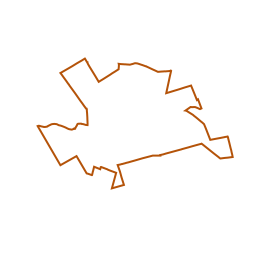 Lehliu, Calarasi, Romania, rotated 55°
{"feature_id": "2599482B77078336789858", "entity_name": "Lehliu", "entity_type": "district", "adm_level": 2, "iso_a3": "ROU", "parent_name": "Romania", "parent_adm1": "Calarasi", "projection": "natural_earth1", "projection_center": [26.817, 44.478], "detail": "fine", "context": "isolated", "style": "outline", "palette": "amber", "viewbox_px": 256, "rotation_deg": 55, "n_neighbors": 0, "source": "geoboundaries", "source_scale": "gbopen_adm2", "svg_char_len": 3797}
<svg xmlns="http://www.w3.org/2000/svg" viewBox="0 0 256 256"><g transform="rotate(55 128 128)"><path d="M74.6,200.9L80.7,201.4L119.7,204.7L121.5,186.3L141.5,187.9L141.9,187.5L142.8,186.8L145.9,184.6L145.9,184.4L144.3,182.6L144.0,182.3L143.9,182.2L143.7,182.0L143.2,181.3L140.3,178.0L145.8,174.4L144.5,172.8L144.4,172.7L144.5,172.4L150.2,168.5L150.6,168.4L152.6,167.1L157.9,163.4L168.2,175.8L172.3,164.0L164.7,161.6L159.1,159.6L152.4,157.7L153.5,155.2L153.9,153.9L154.2,153.4L154.5,152.5L154.7,151.9L155.1,150.9L155.6,149.3L156.4,147.3L157.1,145.2L158.4,141.5L161.2,133.3L164.8,123.6L169.1,117.4L168.6,117.2L169.8,114.3L170.6,111.8L175.0,99.6L176.2,96.3L176.2,96.1L178.6,89.4L179.3,87.3L180.7,83.3L182.5,78.3L183.1,76.9L183.1,76.7L184.0,76.4L197.7,72.4L201.9,71.1L203.5,70.6L205.0,70.2L205.6,70.0L205.9,69.9L206.4,69.0L207.9,66.1L209.5,63.3L211.8,58.9L209.8,58.0L207.2,57.0L205.4,56.2L203.6,55.6L201.8,54.9L199.0,53.8L197.2,53.1L196.1,52.7L194.5,52.1L192.8,51.4L192.1,51.3L191.7,52.3L191.0,53.7L190.7,54.5L188.8,58.8L187.6,61.4L184.9,67.4L173.0,64.5L168.4,63.5L167.2,63.8L166.2,64.0L164.6,64.5L162.7,65.0L160.0,65.7L157.9,66.3L156.0,66.9L154.7,67.2L154.4,67.3L152.5,68.1L149.7,69.3L148.7,69.7L147.6,70.2L147.3,70.3L147.0,70.6L146.7,70.9L146.7,67.7L146.7,66.2L146.7,65.5L146.7,64.7L147.3,64.0L148.1,62.9L148.6,62.1L149.3,61.1L149.5,60.9L150.7,60.1L151.6,59.5L152.7,58.9L152.8,58.8L153.8,58.2L154.1,56.6L149.4,55.4L145.8,54.5L144.6,54.2L144.6,54.4L144.7,55.1L144.7,55.5L143.8,55.3L137.4,53.8L129.4,52.0L128.9,53.6L127.3,58.4L126.6,60.7L125.8,63.3L124.9,66.1L124.1,68.5L123.0,71.9L122.0,74.9L121.5,76.4L121.4,76.7L113.9,68.6L109.7,64.1L105.9,59.9L105.5,60.0L105.4,60.5L105.3,61.1L105.2,61.2L104.6,62.3L103.7,63.8L103.0,65.0L102.6,65.5L101.7,67.0L101.4,67.5L100.6,68.8L100.0,69.9L99.3,71.0L99.2,71.2L99.0,71.3L98.9,71.4L98.8,71.5L97.2,72.4L96.0,73.1L94.5,74.0L90.3,76.4L88.4,77.5L88.0,77.7L88.0,77.8L86.3,79.0L85.0,79.9L84.3,80.4L84.1,80.6L81.9,82.2L80.6,83.2L80.4,83.4L79.5,84.4L79.2,84.8L79.0,85.0L78.7,85.8L78.3,87.2L77.8,88.5L77.4,89.7L77.2,90.0L77.0,90.4L76.7,90.8L76.4,91.1L75.3,92.5L74.7,93.2L74.0,94.1L73.4,94.9L72.8,95.6L71.8,96.9L71.2,97.6L70.1,98.8L70.6,99.0L70.8,99.1L71.0,99.2L71.3,99.4L71.8,99.8L72.7,100.5L73.2,100.9L73.5,101.2L74.5,102.0L74.4,104.1L74.3,106.6L74.1,109.8L74.1,111.7L74.0,113.9L73.9,116.1L73.7,120.2L73.6,121.9L73.5,123.5L73.4,125.4L73.4,125.5L73.2,125.5L71.9,125.4L69.2,125.2L66.4,125.0L56.5,124.4L56.4,124.4L54.9,124.3L52.8,124.1L51.6,123.9L51.1,123.6L50.9,123.5L50.7,123.8L49.0,123.7L47.0,123.5L46.4,123.5L46.2,127.1L45.7,132.7L45.4,138.0L45.0,142.8L44.9,143.9L44.2,151.8L46.7,151.7L49.0,151.7L53.9,151.6L54.6,151.6L57.7,151.6L58.1,151.5L58.9,151.5L59.2,151.6L69.1,151.4L74.4,151.4L78.4,151.4L82.1,151.3L85.6,151.3L86.0,151.3L86.3,151.2L86.5,151.2L86.9,151.2L87.5,151.3L87.9,151.3L88.4,150.8L88.7,150.9L89.2,151.1L89.4,151.2L90.4,151.9L92.2,152.9L96.1,155.3L97.6,156.3L99.2,157.3L101.5,158.8L102.4,159.5L101.3,160.8L99.7,162.0L99.4,162.3L99.0,162.6L98.5,163.2L98.3,163.5L97.8,163.7L97.5,164.0L97.3,164.3L96.9,164.9L96.5,165.5L96.3,165.8L95.9,166.4L95.8,167.1L96.1,167.7L96.4,168.1L96.5,168.4L96.8,168.8L97.0,169.5L97.4,170.2L97.5,170.5L97.6,171.0L98.0,171.3L98.3,171.7L98.2,172.0L98.0,172.4L97.8,172.8L97.5,172.8L97.5,173.2L97.4,173.9L97.2,174.7L97.0,175.1L95.5,176.6L94.8,177.2L93.8,177.8L92.9,178.3L91.9,178.8L90.0,180.0L88.1,181.3L87.2,182.0L86.2,182.9L86.0,183.1L84.1,184.1L83.9,184.3L83.6,184.6L83.4,184.8L83.1,185.2L82.9,185.4L82.3,186.1L82.0,186.7L81.6,187.4L81.4,187.7L81.2,188.2L81.0,189.0L80.9,189.3L80.9,189.7L80.7,190.9L80.6,191.5L80.4,193.2L80.5,193.3L80.2,194.1L80.1,194.3L79.8,194.9L79.2,195.9L79.0,196.2L78.8,196.4L78.1,197.0L77.5,197.6L76.6,198.4L75.7,199.1L75.0,199.8L74.7,200.5L74.6,200.9Z" fill="none" stroke="#b45309" stroke-width="2"/></g></svg>